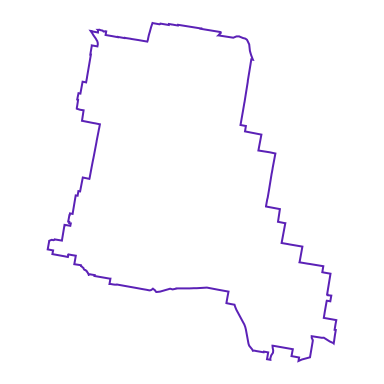 Orange, New South Wales, Australia
{"feature_id": "25037944B16030223882467", "entity_name": "Orange", "entity_type": "district", "adm_level": 2, "iso_a3": "AUS", "parent_name": "Australia", "parent_adm1": "New South Wales", "projection": "orthographic", "projection_center": [149.098, -33.328], "detail": "fine", "context": "isolated", "style": "outline", "palette": "violet", "viewbox_px": 384, "rotation_deg": 0, "n_neighbors": 0, "source": "geoboundaries", "source_scale": "gbopen_adm2", "svg_char_len": 4644}
<svg xmlns="http://www.w3.org/2000/svg" viewBox="0 0 384 384"><path d="M333.7,343.4L334.1,341.0L334.9,335.3L335.8,330.0L334.6,329.8L335.5,324.3L336.3,320.1L323.8,317.9L324.8,311.7L326.7,300.9L326.8,300.7L330.3,301.3L331.3,295.6L327.7,295.2L327.7,294.6L327.1,294.5L327.8,290.2L330.5,273.7L324.2,272.6L322.3,272.2L323.3,266.2L308.7,263.8L308.4,263.8L299.5,262.3L299.6,262.0L302.4,246.6L288.9,244.3L288.5,244.2L281.6,243.0L285.3,223.2L285.1,223.2L278.0,221.8L279.9,209.1L278.3,208.8L266.0,206.5L266.0,206.2L267.2,199.5L267.7,197.6L269.0,190.0L271.7,173.3L271.8,173.0L272.6,168.6L272.6,168.3L275.4,153.5L269.8,152.3L258.4,150.5L261.4,134.6L245.0,131.4L245.9,126.0L240.5,125.0L243.0,110.8L244.4,102.6L244.5,102.3L245.7,94.7L247.8,81.6L247.8,80.9L249.3,71.8L250.4,65.0L251.3,59.4L252.9,59.7L252.4,58.5L251.1,55.0L250.5,53.0L250.3,52.3L249.9,50.8L249.2,44.4L247.7,41.2L246.9,39.7L245.3,38.6L242.9,38.0L241.0,37.2L240.2,36.9L239.2,36.4L238.7,36.4L236.5,36.4L233.3,37.7L223.5,36.2L220.9,35.8L218.6,35.4L218.4,35.4L218.5,35.3L218.6,35.2L218.8,35.0L218.9,34.8L219.0,34.7L219.3,34.3L219.5,34.2L219.8,33.9L220.0,33.7L220.3,33.4L220.5,33.2L220.8,32.9L220.8,32.7L220.7,32.2L220.4,32.1L220.2,32.0L200.7,28.8L200.9,28.4L200.3,28.4L199.9,28.3L178.0,24.8L177.9,25.5L174.8,25.0L172.1,24.5L171.6,24.5L171.4,24.4L168.9,24.0L168.8,25.0L160.4,23.6L160.1,24.1L159.5,24.3L152.8,23.1L152.5,23.0L151.1,27.1L149.9,31.5L149.6,32.6L149.5,32.8L148.8,35.3L148.3,37.6L148.1,38.6L147.9,39.7L147.3,41.6L139.2,40.2L138.7,40.1L131.0,38.9L130.9,38.8L126.2,38.1L124.7,37.8L124.6,38.1L119.0,37.1L117.9,36.9L117.9,37.2L112.0,36.1L105.6,35.0L106.2,31.4L105.1,31.2L104.4,31.5L103.5,31.5L102.6,30.6L100.6,30.2L99.4,29.7L98.0,29.9L97.9,29.9L98.0,30.0L98.0,30.3L98.1,30.5L98.1,30.9L98.0,31.1L98.0,31.4L98.0,31.5L98.0,31.8L98.0,32.0L97.9,32.1L97.9,32.3L97.9,32.5L92.3,31.4L92.0,31.1L90.6,30.9L92.5,33.6L92.9,34.4L93.6,35.5L95.8,38.6L96.6,40.1L97.2,41.0L97.7,42.7L97.8,44.2L97.7,45.0L97.4,46.4L91.8,45.4L91.8,45.7L90.3,54.6L90.9,54.6L90.5,56.8L88.1,70.9L87.0,77.3L87.0,77.6L86.1,82.4L84.7,82.1L82.6,81.7L82.4,82.7L80.4,93.6L78.5,93.2L77.2,99.5L78.1,99.7L78.1,99.9L77.3,105.1L77.0,106.9L76.8,108.0L76.8,108.7L79.9,109.7L83.6,110.3L82.0,120.8L94.2,123.2L94.5,123.2L99.9,124.3L99.3,127.5L99.1,128.5L98.7,130.3L98.7,130.5L96.6,141.2L96.6,141.5L94.3,153.6L93.3,158.8L93.2,159.1L92.4,163.2L91.7,166.8L89.5,178.6L89.4,178.9L82.8,177.5L80.1,191.4L78.4,191.1L77.6,195.7L75.7,195.4L72.6,213.9L70.0,213.4L69.7,215.1L69.4,215.1L68.6,219.5L68.5,220.0L68.2,221.3L68.2,221.6L68.9,221.7L69.3,221.8L69.2,223.1L70.8,223.4L70.3,225.8L66.8,225.2L64.8,224.9L64.8,225.1L64.5,225.0L64.0,228.0L61.9,240.6L61.4,240.5L54.7,239.4L54.6,239.8L53.3,240.2L51.9,239.8L51.7,239.8L49.2,240.8L49.0,242.2L47.7,249.4L53.1,250.4L52.4,254.1L64.5,256.3L67.9,257.0L68.1,256.3L68.1,254.7L68.4,254.4L71.0,254.9L71.4,255.0L75.8,255.7L75.1,259.7L74.3,264.2L80.9,265.2L80.9,265.4L81.0,266.1L81.6,266.3L82.1,266.9L82.8,267.5L83.2,267.8L83.4,268.0L83.5,268.1L83.6,268.5L83.8,269.0L84.0,269.3L84.3,269.7L84.6,269.9L85.3,270.0L85.5,270.1L85.7,270.3L85.8,270.4L86.1,270.6L86.3,270.7L86.3,270.8L86.4,271.0L86.6,271.1L86.7,271.3L86.8,271.4L86.8,271.5L87.1,271.8L87.2,272.0L87.3,272.1L87.4,272.3L87.6,272.5L87.8,272.8L87.9,273.1L88.0,273.2L88.1,273.5L88.3,273.8L88.4,274.0L88.5,274.0L88.7,274.3L88.8,274.6L88.9,274.9L88.9,275.0L89.0,275.0L89.1,275.3L89.1,275.5L89.3,274.2L90.8,274.4L91.0,274.5L94.7,275.1L94.5,276.0L110.1,278.7L110.4,278.7L109.5,284.0L110.6,284.0L113.5,284.5L115.3,284.7L116.7,284.7L116.9,284.5L125.8,286.1L136.5,288.0L142.5,289.1L146.6,289.8L149.5,290.4L150.6,290.2L151.2,290.0L151.8,289.6L152.9,288.7L153.2,289.0L154.7,290.0L155.9,291.6L156.1,291.9L156.6,292.0L160.1,291.6L167.4,289.5L167.8,289.4L170.1,288.7L172.6,289.4L176.5,288.6L176.5,288.4L183.7,288.4L189.5,288.4L193.9,288.2L196.8,288.2L206.7,287.6L207.0,287.6L218.0,289.7L228.5,291.6L227.5,296.9L226.4,303.1L226.7,303.2L231.1,304.1L234.5,304.7L235.2,306.9L235.6,307.9L236.4,309.8L242.9,321.9L244.0,323.9L244.3,324.4L244.6,325.3L245.0,326.3L245.3,327.2L245.4,327.6L245.9,329.6L248.5,343.7L248.8,344.6L249.0,345.2L249.4,346.0L249.9,346.6L252.1,349.3L252.6,350.2L252.9,350.8L253.8,350.6L254.1,350.6L255.7,350.9L256.0,351.0L263.7,352.3L263.9,351.6L268.2,352.4L267.0,359.2L270.4,359.8L270.3,358.4L271.2,355.4L273.0,352.7L273.2,350.4L272.8,348.5L272.7,347.9L272.5,345.7L272.8,345.7L292.8,349.2L291.5,356.1L299.1,357.5L298.5,361.0L301.9,359.5L306.0,358.4L310.0,357.3L312.8,340.8L312.6,340.0L312.7,339.9L312.6,339.7L312.1,338.7L311.7,337.8L311.7,336.3L311.7,336.2L321.9,337.8L323.8,337.7L329.8,341.5L333.4,343.1L333.7,343.4Z" fill="none" stroke="#5b21b6" stroke-width="2"/></svg>